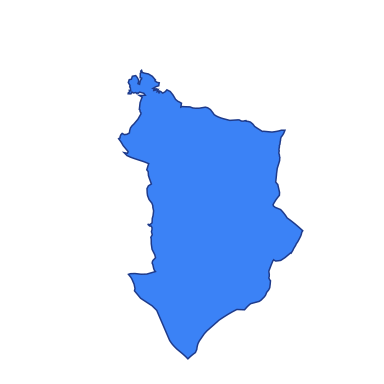 Cornea, Caras-Severin, Romania (Robinson projection), rotated 141°
{"feature_id": "2599482B15009159935229", "entity_name": "Cornea", "entity_type": "district", "adm_level": 2, "iso_a3": "ROU", "parent_name": "Romania", "parent_adm1": "Caras-Severin", "projection": "robinson", "projection_center": [22.32, 45.012], "detail": "fine", "context": "isolated", "style": "filled", "palette": "blue", "viewbox_px": 384, "rotation_deg": 141, "n_neighbors": 0, "source": "geoboundaries", "source_scale": "gbopen_adm2", "svg_char_len": 4366}
<svg xmlns="http://www.w3.org/2000/svg" viewBox="0 0 384 384"><g transform="rotate(141 192 192)"><path d="M215.5,279.6L215.5,278.9L215.6,276.4L215.9,273.9L216.3,271.4L216.2,263.6L217.0,263.1L217.8,262.7L220.0,265.3L219.7,262.4L219.6,261.2L217.9,257.8L215.6,254.0L210.8,246.6L209.9,245.1L207.8,241.3L208.0,241.2L213.2,237.7L213.2,235.5L214.8,233.2L215.5,232.2L216.6,229.3L218.5,223.8L220.3,224.0L222.0,224.2L224.8,223.0L227.4,219.5L228.8,217.2L230.1,213.2L230.2,208.5L231.1,206.0L232.2,204.5L233.7,201.5L237.2,198.1L239.5,196.5L242.4,193.2L243.5,193.1L245.5,193.2L246.7,194.9L246.3,192.2L245.8,191.7L245.2,191.2L245.5,189.5L246.8,187.9L248.5,186.7L249.7,183.9L250.9,183.3L252.5,182.7L253.3,181.1L256.3,177.3L259.1,172.6L260.4,166.7L261.7,163.9L262.8,163.7L263.8,163.6L264.8,163.5L265.9,163.2L267.0,162.5L267.8,161.7L268.1,160.3L270.0,156.5L270.5,154.7L270.5,153.2L278.9,156.7L283.3,160.1L287.7,164.6L291.3,167.3L293.2,168.0L293.2,164.7L293.2,164.0L293.6,161.8L294.2,159.7L294.4,159.0L295.0,156.8L296.0,154.9L297.0,152.9L297.9,152.2L298.9,151.4L298.8,141.7L294.6,128.6L293.9,122.2L302.7,91.0L302.8,90.5L303.0,88.2L303.1,86.0L303.0,83.7L302.8,81.4L302.5,78.9L301.7,75.1L301.0,71.4L300.5,68.1L300.2,64.9L297.7,65.1L295.3,65.2L292.8,65.2L290.4,65.1L287.3,66.7L286.2,67.8L285.0,68.8L283.7,69.8L282.4,70.6L280.2,71.6L271.7,74.1L267.8,74.7L251.3,75.4L246.2,74.9L241.1,74.3L236.1,73.5L231.1,72.5L225.3,67.4L223.5,67.7L221.7,68.0L219.9,68.2L218.1,68.3L216.7,68.3L208.6,64.7L206.3,64.5L201.8,65.0L199.9,65.5L198.4,66.3L197.2,67.0L193.9,67.7L191.8,68.7L191.4,69.1L189.0,71.4L186.8,73.7L186.9,74.7L186.4,76.9L185.3,77.6L183.8,79.3L182.9,80.9L182.2,82.0L181.5,82.5L176.7,85.3L172.7,87.5L171.2,87.9L171.2,87.6L170.4,85.7L168.1,84.2L166.1,83.0L161.0,82.5L153.7,82.6L153.5,82.1L150.6,83.1L150.1,83.3L148.8,84.0L144.9,85.4L143.6,86.1L141.8,86.6L140.4,87.1L138.5,87.9L136.7,88.7L135.0,89.5L134.2,90.0L133.3,90.6L132.8,91.0L132.3,91.5L130.3,92.2L131.1,97.2L132.0,102.2L133.1,107.1L134.4,112.0L134.1,114.7L134.0,117.3L134.0,119.9L134.2,122.6L137.0,127.7L137.5,129.9L136.9,131.2L134.3,132.2L131.7,133.1L129.0,133.8L126.2,134.4L124.2,136.6L120.6,143.9L120.7,144.4L120.7,145.9L120.7,147.1L119.6,148.1L116.0,151.7L114.7,153.1L110.9,156.7L106.4,159.7L104.1,161.3L102.9,162.7L102.0,163.5L101.6,164.6L100.7,165.9L100.0,167.7L98.3,169.1L97.9,170.1L96.4,171.5L95.8,171.9L94.9,173.1L93.6,173.8L92.0,175.4L91.7,175.7L90.5,176.6L89.9,177.4L88.2,178.6L87.2,178.8L86.3,179.0L84.0,179.8L81.6,181.1L80.9,181.5L83.7,183.8L85.9,184.7L88.0,185.8L90.1,187.0L92.1,188.2L98.1,194.1L99.2,194.8L101.0,200.1L102.1,203.6L102.0,205.1L102.0,206.6L102.6,209.6L104.0,211.6L105.4,212.9L105.1,213.5L106.0,214.1L107.1,214.5L108.8,215.8L109.1,216.4L110.0,218.4L110.7,219.0L113.8,221.2L117.6,223.9L121.7,229.5L122.9,231.3L123.9,233.0L124.3,233.7L125.3,235.8L125.8,237.3L126.1,238.2L125.9,240.2L125.8,244.4L126.8,247.6L128.2,249.5L133.7,252.6L136.6,254.9L138.5,256.8L140.0,259.4L143.1,262.1L146.0,264.7L147.3,265.0L146.7,265.6L146.0,266.1L144.3,267.6L144.5,268.2L144.7,268.7L144.9,269.2L145.4,270.4L145.9,271.3L146.5,274.4L146.2,276.1L145.7,279.6L145.7,281.4L145.7,281.9L145.7,283.8L147.2,287.2L149.7,286.8L151.7,287.1L152.6,287.4L153.0,289.6L153.6,290.7L155.7,289.4L154.4,291.3L155.9,291.9L153.8,292.9L157.9,295.0L157.7,295.2L153.9,293.9L156.3,295.7L157.2,297.1L153.6,296.5L151.0,295.5L149.9,296.5L148.7,297.5L150.2,299.3L150.8,301.6L150.3,302.4L149.9,302.3L150.0,305.4L150.0,306.8L151.6,311.2L154.1,314.2L155.4,316.2L154.6,318.3L155.8,318.2L156.2,316.9L157.5,316.8L158.7,315.3L160.4,313.4L159.4,312.2L160.2,311.5L161.4,311.4L162.9,310.4L164.4,309.2L165.0,308.7L165.8,310.2L163.9,311.5L162.9,313.0L162.8,314.3L162.6,315.0L162.5,315.7L162.5,317.9L165.5,319.5L168.1,317.8L170.1,318.8L172.6,317.2L173.0,314.5L173.4,313.4L174.3,312.9L174.3,311.8L175.2,310.5L175.8,309.5L176.5,310.1L176.8,310.4L177.3,309.2L179.3,309.1L179.8,308.5L177.7,306.7L175.8,307.4L175.2,305.8L173.1,304.7L172.9,303.3L171.6,303.0L171.5,302.6L169.8,302.6L167.3,299.0L167.4,296.6L169.9,298.3L172.2,300.3L171.1,297.0L173.0,296.0L176.1,294.1L181.0,289.3L180.8,288.6L181.8,287.0L181.8,285.8L182.6,284.8L188.2,282.6L194.4,281.4L196.9,281.2L199.5,280.5L201.7,279.0L203.5,277.3L205.0,277.6L206.1,277.7L208.5,279.2L209.4,281.5L211.4,281.2L211.7,281.0L212.9,280.4L213.8,279.3L214.5,279.5L215.5,279.6Z" fill="#3b82f6" stroke="#1e3a8a" stroke-width="1.5"/></g></svg>